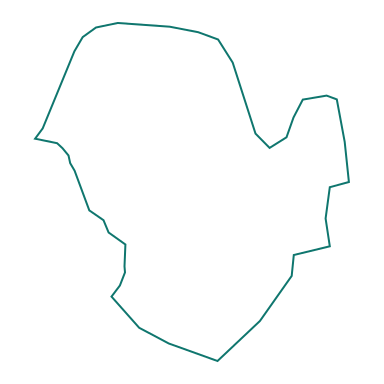 Vilakas, Equal Earth projection, rotated 270°
{"feature_id": "LVA-5742", "entity_name": "Vilakas", "entity_type": "Municipality", "adm_level": 1, "iso_a3": "LVA", "parent_name": "Latvia", "parent_adm1": "", "projection": "equal_earth", "projection_center": [27.651, 57.187], "detail": "fine", "context": "isolated", "style": "outline", "palette": "teal", "viewbox_px": 384, "rotation_deg": 270, "n_neighbors": 0, "source": "natural_earth", "source_scale": "10m", "svg_char_len": 652}
<svg xmlns="http://www.w3.org/2000/svg" viewBox="0 0 384 384"><g transform="rotate(270 192 192)"><path d="M245.3,35.1L255.6,42.7L332.7,74.4L346.9,82.7L356.5,96.0L361.0,117.6L357.3,169.7L351.8,198.2L344.5,218.1L321.4,232.7L250.4,255.5L236.1,269.6L246.7,286.5L266.5,293.5L284.4,302.8L288.4,326.6L284.6,336.8L242.1,344.7L202.0,348.9L196.8,329.8L165.5,325.6L137.7,329.8L129.0,293.8L108.1,291.7L63.0,259.9L23.0,217.5L40.5,168.8L56.2,139.2L87.4,111.5L98.5,119.9L111.6,125.0L117.6,124.5L139.5,125.4L151.5,108.6L163.8,103.5L173.6,89.3L213.3,74.6L220.8,70.2L228.5,68.5L235.8,62.5L240.8,57.1L245.3,35.1Z" fill="none" stroke="#0f766e" stroke-width="2"/></g></svg>